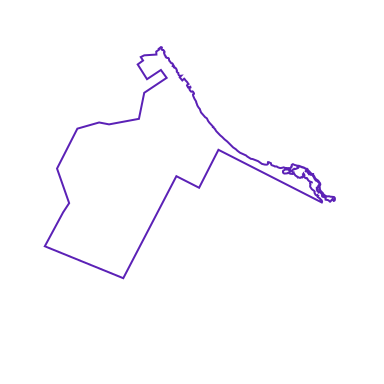 Tulum, Quintana Roo, Mexico (Mercator projection), rotated 297°
{"feature_id": "50627088B89843068192047", "entity_name": "Tulum", "entity_type": "district", "adm_level": 2, "iso_a3": "MEX", "parent_name": "Mexico", "parent_adm1": "Quintana Roo", "projection": "mercator", "projection_center": [-87.448, 20.147], "detail": "fine", "context": "isolated", "style": "outline", "palette": "violet", "viewbox_px": 384, "rotation_deg": 297, "n_neighbors": 0, "source": "geoboundaries", "source_scale": "gbopen_adm2", "svg_char_len": 6072}
<svg xmlns="http://www.w3.org/2000/svg" viewBox="0 0 384 384"><g transform="rotate(297 192 192)"><path d="M290.7,129.6L290.1,128.7L290.0,127.9L290.1,127.2L290.8,126.4L291.9,125.7L291.9,124.7L292.3,123.8L293.3,123.5L293.7,122.9L294.0,122.8L294.2,122.4L294.4,122.3L294.5,122.0L294.8,121.7L295.1,120.8L294.7,120.0L294.9,119.3L295.3,119.1L295.8,119.1L296.0,118.8L295.8,118.4L295.4,117.9L295.4,117.6L295.8,117.6L296.3,117.7L297.0,117.4L297.7,116.0L297.4,115.5L297.6,114.2L298.3,113.4L298.6,112.2L299.6,111.3L300.1,111.1L300.5,110.6L300.6,109.8L300.2,109.2L300.1,108.1L300.5,107.7L300.4,107.3L300.6,106.9L301.4,106.4L301.8,105.3L303.0,104.3L303.2,103.9L303.8,103.7L304.2,104.0L304.7,103.7L305.5,102.0L305.0,101.1L305.3,100.3L305.9,99.8L306.9,99.7L307.2,99.2L306.9,98.8L306.9,98.5L304.5,97.4L304.1,98.1L300.9,96.4L298.3,97.9L292.1,87.4L289.0,85.1L286.9,88.7L281.0,85.7L272.1,100.7L286.6,108.9L282.2,117.6L258.7,104.4L233.1,111.5L214.6,87.4L211.8,77.7L196.4,61.1L151.6,61.1L126.3,87.6L115.4,86.4L76.8,85.5L84.0,169.9L199.0,170.9L199.0,196.4L241.6,196.4L241.6,312.4L242.3,312.4L243.0,311.9L243.2,311.5L243.6,311.0L243.7,309.6L244.2,309.3L244.3,308.8L244.6,306.3L245.0,305.9L245.8,306.1L245.8,305.7L246.1,305.4L246.2,305.2L245.6,305.1L245.4,304.6L245.7,303.2L246.9,301.5L248.1,301.1L248.3,300.8L248.5,300.1L248.9,297.5L250.3,295.0L251.0,294.5L252.4,294.2L252.9,293.5L253.5,293.2L254.3,293.3L254.8,293.9L255.0,294.3L255.1,294.2L254.8,291.7L255.3,290.0L256.5,288.4L256.5,287.9L256.3,287.8L256.4,287.6L255.9,286.9L256.0,286.2L256.9,284.7L257.3,284.5L258.0,284.6L258.5,284.0L259.1,283.0L258.6,283.0L258.2,282.8L257.8,283.3L257.2,283.6L256.6,283.6L256.3,283.9L255.7,284.0L255.0,283.7L254.8,283.2L254.9,282.6L254.2,282.4L253.7,282.0L253.5,281.4L253.4,279.9L253.2,279.8L253.4,279.6L253.5,279.1L253.3,278.7L253.6,277.8L253.6,276.8L254.3,275.4L255.0,274.4L255.4,273.6L255.6,273.5L255.4,273.2L255.0,273.2L255.2,273.4L255.1,273.8L254.6,274.1L254.1,273.9L253.6,273.2L253.5,272.5L253.1,272.0L252.8,270.5L252.8,270.1L253.2,269.5L253.0,269.1L251.8,268.3L250.4,266.0L250.3,265.0L250.9,264.1L251.9,263.6L252.5,263.6L253.2,264.2L254.3,264.6L254.3,264.9L254.9,265.3L255.0,266.0L255.6,266.0L255.8,266.6L255.7,266.8L255.9,267.2L255.7,267.5L256.0,267.7L255.6,268.0L255.7,268.3L256.0,268.4L256.0,268.7L256.2,268.9L255.7,269.0L255.6,269.3L255.8,269.5L255.2,269.6L255.2,269.3L255.1,269.2L254.8,269.6L254.9,269.8L254.6,269.9L255.2,270.7L256.0,271.1L256.1,271.4L256.6,271.7L258.1,271.9L258.5,272.4L258.9,272.5L258.9,273.1L259.1,273.3L259.3,273.2L259.4,273.6L259.8,274.1L260.6,274.6L261.0,275.2L261.6,275.6L262.7,275.9L262.3,275.6L262.3,275.1L262.1,274.9L262.4,274.8L262.6,275.2L262.8,275.2L262.9,274.5L262.7,274.2L262.8,274.0L263.1,274.1L263.1,274.6L263.3,274.8L263.1,275.1L263.1,275.3L263.5,275.5L263.9,276.2L263.7,276.9L263.9,277.2L263.9,278.6L264.4,281.2L264.2,283.0L264.4,283.3L264.4,284.1L263.5,284.3L263.0,283.9L262.1,283.8L262.0,284.0L262.2,284.7L262.4,284.2L263.7,284.4L262.9,285.0L262.8,285.4L262.4,285.8L262.4,286.1L262.2,286.5L261.6,286.8L261.5,287.1L261.7,287.4L261.6,287.6L260.9,288.2L261.4,289.3L261.2,289.9L261.5,290.7L261.9,291.0L262.0,291.4L261.2,292.5L260.5,293.8L259.4,295.2L259.0,296.2L258.6,296.7L258.4,297.6L258.6,298.5L257.8,300.9L257.8,301.4L257.6,301.5L257.5,301.8L257.3,302.0L256.7,302.1L254.9,301.7L254.6,301.9L253.2,301.9L252.6,301.3L252.3,301.6L252.6,301.6L252.6,302.1L252.2,302.1L250.9,303.4L250.7,304.0L250.7,303.3L251.7,302.4L251.6,302.0L251.4,301.8L250.7,302.2L249.8,303.3L249.8,303.6L249.6,303.7L249.5,304.3L249.8,304.7L249.5,304.7L249.3,305.0L249.8,305.1L250.2,305.4L249.8,305.5L249.9,305.8L250.7,305.6L250.7,305.8L249.9,306.1L250.2,307.0L250.1,307.3L249.7,307.3L249.7,307.7L249.4,307.9L249.2,308.6L248.9,308.8L249.3,308.8L249.1,309.8L248.2,310.1L248.2,310.8L247.6,311.0L247.4,310.5L247.1,310.9L247.1,311.2L247.7,311.5L247.9,312.0L247.6,312.7L247.9,312.9L247.7,313.3L247.9,313.7L247.4,313.9L246.8,313.8L245.8,314.5L246.2,315.7L246.2,316.0L246.5,316.5L246.5,317.1L246.5,317.8L246.0,319.1L246.1,319.5L247.1,319.8L248.6,320.0L248.8,320.1L248.8,320.4L249.7,320.5L249.7,321.4L248.9,321.8L247.9,321.5L248.4,321.9L248.4,322.4L249.2,322.9L250.0,322.8L251.2,322.2L251.7,321.7L252.0,320.9L251.6,319.7L251.4,319.4L251.2,318.6L250.8,318.0L250.4,316.0L249.8,315.1L249.2,313.6L249.3,311.5L249.8,309.9L250.3,309.2L250.1,309.0L250.4,308.6L250.3,308.3L250.7,308.2L251.5,305.9L252.4,304.8L254.9,303.2L255.3,303.0L256.8,303.0L257.9,302.2L259.4,299.3L259.8,296.4L260.3,295.3L261.6,293.6L262.1,292.4L263.0,291.8L262.6,291.1L262.6,289.9L263.4,287.6L263.6,287.3L264.0,285.7L264.2,285.2L264.7,284.8L264.8,284.2L264.5,282.6L264.6,280.6L264.1,277.7L264.0,276.4L263.9,275.4L263.2,273.7L262.6,270.7L262.7,269.7L262.4,269.0L261.3,268.6L260.9,268.9L259.8,268.9L259.7,269.3L258.8,269.2L257.8,268.5L257.1,267.5L257.2,267.3L256.3,265.8L256.4,265.6L255.6,263.7L255.6,262.6L253.6,260.2L253.2,258.9L253.0,257.0L253.2,255.9L252.4,254.3L252.5,254.1L252.4,253.7L252.4,252.8L252.1,251.0L252.3,250.2L253.5,249.2L253.4,248.1L253.5,247.4L253.2,246.2L252.8,246.2L251.8,246.9L251.0,246.8L250.6,246.5L250.1,245.8L249.5,244.5L248.8,241.6L249.5,236.9L248.9,231.1L248.3,229.4L248.7,225.0L249.1,223.6L248.8,216.9L249.4,213.6L250.0,211.7L250.4,208.4L253.0,200.4L253.7,197.0L254.7,194.0L255.3,191.4L257.2,186.0L258.2,184.3L258.4,184.2L258.4,183.8L258.7,183.4L259.1,182.1L259.5,181.7L259.4,181.4L259.6,181.4L259.6,181.1L260.0,180.5L261.7,175.9L262.8,173.8L263.8,172.6L264.3,171.9L264.5,171.1L264.6,169.8L267.0,163.9L269.6,161.1L270.2,159.6L271.5,157.5L273.3,155.7L273.4,155.4L273.7,155.1L274.5,154.6L276.3,151.7L278.3,149.3L279.4,148.6L280.3,149.2L280.8,149.0L281.8,147.4L281.9,146.8L281.3,146.3L281.0,145.7L281.7,143.9L282.4,143.1L283.0,142.7L283.7,142.8L284.4,143.2L285.0,142.7L284.8,142.5L284.3,142.4L284.0,142.7L283.8,142.6L283.5,141.9L283.3,141.8L283.3,141.0L283.5,140.8L283.8,140.9L284.0,140.8L284.1,140.3L284.0,140.1L284.6,139.2L285.6,139.2L286.6,139.8L286.8,139.1L287.4,138.5L287.9,137.4L288.6,135.3L289.0,134.8L289.4,133.6L287.0,132.7L288.6,129.0L290.7,129.6Z" fill="none" stroke="#5b21b6" stroke-width="2"/></g></svg>